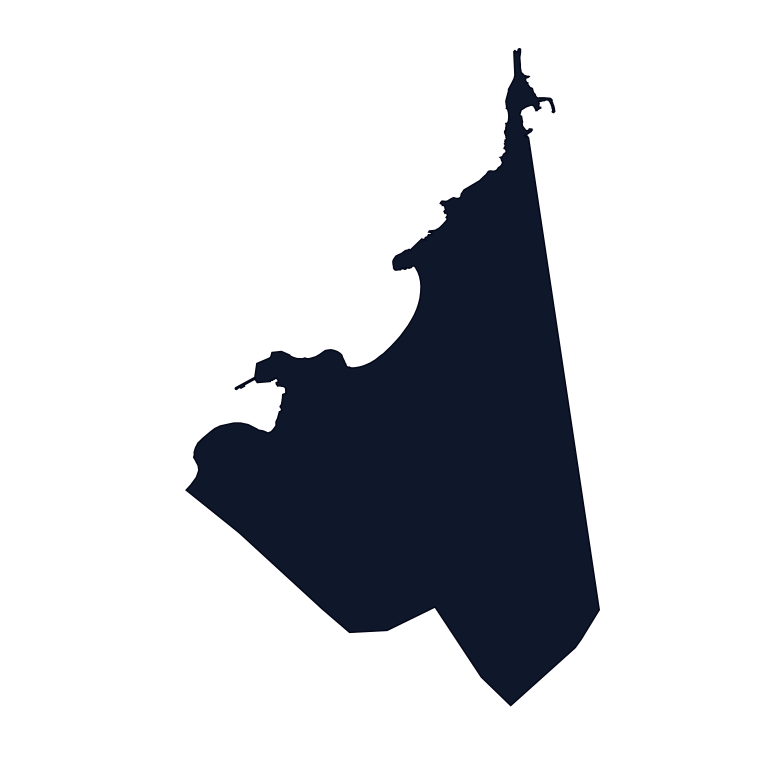 outline of Municipality CH, Montevideo, Uruguay, rotated 177°
{"feature_id": "84410073B90107892201288", "entity_name": "Municipality CH", "entity_type": "district", "adm_level": 2, "iso_a3": "URY", "parent_name": "Uruguay", "parent_adm1": "Montevideo", "projection": "albers", "projection_center": [-56.149, -34.909], "detail": "fine", "context": "isolated", "style": "filled", "palette": "ink", "viewbox_px": 768, "rotation_deg": 177, "n_neighbors": 0, "source": "geoboundaries", "source_scale": "gbopen_adm2", "svg_char_len": 5352}
<svg xmlns="http://www.w3.org/2000/svg" viewBox="0 0 768 768"><g transform="rotate(177 384 384)"><path d="M274.3,56.3L206.8,110.8L200.3,119.0L180.9,147.2L203.9,385.6L226.8,622.2L228.1,624.1L229.3,623.2L229.2,623.8L229.5,624.2L229.7,624.5L230.2,624.7L224.7,628.0L224.0,628.3L223.3,629.2L222.7,630.0L223.0,630.8L225.5,631.1L226.3,629.8L227.6,629.4L229.6,630.0L229.8,630.8L232.2,634.2L232.5,637.3L231.9,638.4L232.2,639.5L232.7,644.1L234.1,644.9L234.3,646.0L232.7,650.5L227.4,653.4L222.2,654.9L220.0,654.0L218.0,650.0L218.0,649.1L216.8,649.1L216.8,649.9L215.9,650.0L214.8,650.6L214.5,651.3L213.1,651.3L213.1,652.1L214.4,652.2L215.0,653.2L214.7,654.8L214.4,656.2L214.8,656.8L214.8,658.1L212.5,658.1L212.5,658.6L209.1,658.6L207.9,659.2L207.3,659.4L206.0,659.2L205.2,658.9L204.5,658.5L203.3,656.7L203.0,655.6L202.4,654.5L202.0,653.0L201.6,651.8L201.7,650.8L201.1,649.4L201.3,648.0L201.7,647.0L201.2,646.5L200.5,646.2L199.8,646.7L199.2,647.4L199.5,648.8L199.5,650.7L200.0,651.8L199.9,652.8L200.5,653.8L200.6,654.5L200.9,654.9L200.8,655.8L201.4,656.6L201.5,657.3L201.3,658.7L202.1,659.8L203.0,660.5L208.8,661.3L212.0,661.5L214.1,661.6L215.2,661.3L216.8,662.4L217.6,663.8L217.9,665.2L219.3,666.8L220.0,669.2L220.4,671.3L222.9,672.6L225.2,676.4L224.6,676.9L224.7,677.3L225.3,677.5L225.9,677.7L226.8,679.8L226.7,681.1L226.4,681.8L225.8,682.4L224.6,682.5L223.9,682.8L223.0,683.4L223.4,683.7L224.5,683.5L225.2,683.9L225.6,683.4L226.6,684.4L227.8,684.8L228.7,685.5L229.4,686.8L230.3,687.2L230.7,688.1L231.3,692.3L231.2,696.3L231.4,702.9L230.3,708.4L230.2,711.2L231.0,711.7L231.7,711.6L232.5,711.0L232.9,708.8L234.9,708.9L235.2,709.6L235.9,710.1L236.9,709.1L237.0,698.1L237.1,685.4L238.1,682.1L240.0,678.7L242.5,674.5L244.2,671.8L244.3,670.0L247.1,661.4L247.2,660.3L247.5,660.0L247.0,653.7L247.4,652.9L246.1,651.9L245.4,648.1L245.3,644.8L245.9,640.3L246.8,638.4L247.7,637.8L248.7,637.7L248.2,636.0L248.6,635.2L248.5,634.5L248.6,634.0L249.0,633.5L248.9,632.5L249.3,631.1L249.8,630.7L249.4,630.0L250.3,629.8L250.3,628.5L249.8,627.2L249.1,625.0L249.3,624.0L248.8,622.7L249.2,621.3L250.2,621.3L250.6,619.9L250.1,618.6L251.1,617.5L250.0,615.7L251.2,614.3L251.7,612.9L250.4,612.3L250.0,611.2L249.4,611.0L250.2,608.7L252.5,607.2L253.0,606.3L253.3,605.4L254.1,604.6L256.1,604.2L255.3,603.4L254.8,600.9L253.9,599.5L254.5,597.6L255.8,595.6L257.1,594.7L258.3,594.1L259.7,592.2L261.2,591.1L263.8,590.6L265.3,591.0L267.4,591.2L268.7,590.7L271.0,587.8L274.4,585.0L277.8,582.0L293.9,573.6L296.9,569.6L297.3,567.3L298.1,566.1L300.3,565.3L302.2,565.5L304.8,566.4L307.1,565.5L309.7,564.1L311.3,563.2L313.4,563.1L316.5,563.6L317.7,562.5L318.3,561.3L316.7,560.7L316.4,559.3L314.8,559.1L314.1,558.3L313.4,554.5L315.0,553.3L314.1,551.2L313.0,551.7L312.4,551.3L311.7,549.1L313.2,547.1L312.1,545.9L312.6,544.6L313.4,543.5L317.7,539.3L319.3,537.9L320.6,536.8L324.8,534.7L328.6,534.5L330.7,534.4L331.4,533.4L328.5,532.7L328.4,532.1L328.5,531.5L328.9,530.9L329.4,530.8L330.6,530.6L331.8,530.7L332.0,529.9L332.6,529.4L332.9,528.5L333.8,528.5L335.0,528.1L335.4,527.1L335.3,525.9L335.9,526.1L336.7,526.4L337.7,525.9L338.6,526.9L351.0,516.1L352.0,517.1L353.0,516.5L355.6,516.1L359.7,513.4L365.2,511.2L367.0,509.1L367.5,508.1L368.2,507.3L368.7,505.6L368.6,502.7L368.3,501.5L368.3,499.2L367.5,497.7L366.6,497.2L365.8,497.1L363.2,497.4L361.7,497.2L361.2,497.8L359.9,498.1L359.0,498.9L358.6,498.1L357.5,497.6L356.5,497.5L355.8,498.1L355.4,499.1L353.8,498.5L352.8,498.4L351.0,498.9L350.5,499.0L349.6,500.5L348.5,500.4L347.4,500.0L346.6,499.2L344.1,494.0L342.7,489.3L342.0,484.4L341.9,479.4L342.4,474.1L343.5,467.8L345.3,461.8L347.3,456.8L349.9,451.6L352.7,447.0L356.6,441.2L360.3,436.6L364.9,431.0L369.3,426.5L374.8,421.2L383.0,414.1L386.4,412.0L391.0,408.6L396.4,405.7L401.0,403.9L404.1,402.9L406.7,402.3L409.4,401.9L412.4,401.6L414.4,401.6L416.2,401.8L417.5,402.4L417.8,402.7L419.3,402.5L420.4,403.6L421.1,404.7L421.1,405.8L422.0,407.1L422.3,408.4L424.1,412.8L424.7,415.1L426.5,417.0L428.7,418.6L431.6,419.9L434.9,420.9L437.8,420.8L440.9,420.4L446.6,416.8L450.7,414.7L457.3,413.1L459.9,413.3L461.6,414.1L464.0,413.4L466.6,413.6L469.6,413.9L472.5,414.9L475.0,416.1L476.1,416.8L476.7,417.8L484.7,421.8L490.3,421.5L494.2,421.3L494.5,420.3L495.5,417.2L497.0,415.8L509.9,411.1L512.6,397.4L532.1,388.1L532.5,387.8L532.7,387.4L532.5,386.6L531.7,386.3L531.1,386.6L530.4,387.2L527.7,388.6L527.1,387.4L523.4,389.2L523.9,390.3L514.2,394.9L512.6,395.8L510.5,392.1L497.4,392.5L497.4,393.6L495.1,393.6L494.6,394.3L493.1,394.6L492.4,395.8L490.4,394.8L489.4,393.2L489.8,391.5L491.6,390.9L491.5,389.6L490.2,387.5L488.8,387.8L485.3,387.0L483.5,386.5L482.4,384.7L482.4,381.2L482.7,379.4L484.0,379.4L485.7,378.7L486.0,375.7L486.6,372.4L487.4,368.9L488.8,367.2L488.8,366.5L487.8,364.9L487.6,364.3L487.6,363.5L488.3,362.2L489.9,361.7L492.2,354.7L493.1,353.4L493.9,351.4L493.9,348.2L495.1,346.5L496.7,344.6L498.3,342.9L499.6,342.0L502.8,341.0L503.5,341.6L504.0,341.9L506.3,343.0L507.5,343.5L511.9,344.5L513.1,345.5L521.8,350.5L529.4,352.5L536.2,352.8L543.1,351.7L549.7,350.6L555.3,348.3L560.2,344.9L567.4,339.5L572.9,334.7L575.6,330.0L577.1,325.6L577.1,322.9L577.9,320.8L576.3,317.8L575.6,316.1L574.0,312.7L573.8,312.1L573.4,307.4L576.1,300.7L582.1,293.3L587.1,288.4L536.4,243.1L457.3,162.5L431.4,137.8L393.8,137.8L344.7,158.7L314.0,106.4L302.1,86.2L274.3,56.3Z" fill="#0f172a" stroke="#020617" stroke-width="1.5"/></g></svg>